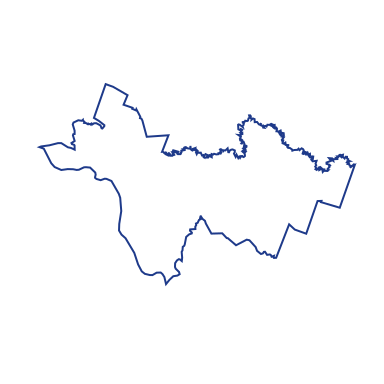 outline of La Capital, Santa Fe, Argentina, rotated 98°
{"feature_id": "61730980B6439123039884", "entity_name": "La Capital", "entity_type": "district", "adm_level": 2, "iso_a3": "ARG", "parent_name": "Argentina", "parent_adm1": "Santa Fe", "projection": "mercator", "projection_center": [-60.794, -31.494], "detail": "fine", "context": "isolated", "style": "outline", "palette": "blue", "viewbox_px": 384, "rotation_deg": 98, "n_neighbors": 0, "source": "geoboundaries", "source_scale": "gbopen_adm2", "svg_char_len": 6050}
<svg xmlns="http://www.w3.org/2000/svg" viewBox="0 0 384 384"><g transform="rotate(98 192 192)"><path d="M182.0,296.3L186.2,290.5L188.3,289.8L190.9,290.1L191.7,289.7L192.4,288.3L193.0,284.1L191.0,280.3L190.9,278.5L192.3,273.3L204.0,264.2L207.7,262.3L220.7,259.4L233.7,259.6L240.3,258.9L244.0,255.9L247.0,251.4L260.3,240.7L271.2,235.3L277.6,230.7L279.6,227.3L280.1,222.2L279.8,219.6L276.8,215.8L276.1,211.8L277.4,209.8L280.1,207.5L286.8,204.9L282.1,202.1L278.0,198.8L276.8,194.8L275.1,192.8L273.0,193.7L270.2,197.5L268.6,198.4L264.8,198.8L261.9,197.4L260.4,195.8L260.4,194.7L261.8,192.5L258.4,192.6L252.7,193.9L251.1,193.3L247.6,193.5L246.3,192.2L245.0,191.9L237.3,191.5L234.3,188.9L233.1,186.5L232.2,186.5L230.6,188.6L229.3,188.6L228.2,183.5L225.9,183.9L224.1,183.2L222.7,183.7L221.7,182.1L218.7,181.2L217.6,179.5L217.4,180.4L215.0,180.2L214.8,179.9L217.2,177.8L218.7,175.2L221.3,173.9L230.5,167.0L228.7,156.3L232.8,151.2L232.7,150.2L238.6,141.0L231.6,131.2L231.8,128.4L237.7,121.3L241.2,119.4L243.8,115.1L242.9,113.2L241.3,112.5L241.0,111.4L243.8,108.9L243.0,106.2L243.6,105.0L245.0,104.2L243.8,102.0L245.4,102.2L245.9,101.7L245.4,99.5L210.5,91.3L214.9,85.0L217.4,73.1L183.5,66.4L182.8,62.6L184.1,62.9L187.0,43.5L143.2,34.7L144.0,35.5L143.5,35.7L142.2,34.9L142.1,35.6L146.0,38.8L144.0,38.2L143.9,39.6L142.7,40.1L142.6,41.6L141.5,40.9L141.2,42.5L140.4,41.8L140.2,43.3L139.4,40.3L139.0,41.7L137.7,41.9L137.3,43.1L135.6,43.4L135.7,44.7L137.6,45.5L136.1,47.5L136.9,48.5L136.5,49.0L135.4,47.7L134.1,47.7L134.6,48.9L136.0,50.0L135.5,50.9L134.8,49.7L134.5,50.5L135.0,51.3L136.2,51.6L136.5,53.1L137.3,52.2L138.1,52.6L138.2,54.0L139.2,53.1L139.9,56.9L141.5,56.4L140.8,57.7L139.7,57.3L139.2,57.8L139.4,61.0L141.7,58.5L144.1,62.9L145.4,62.7L145.9,59.6L146.6,58.9L147.4,59.8L148.3,59.4L150.2,60.9L151.6,60.8L151.5,60.1L152.3,60.7L152.6,63.7L151.2,64.0L151.3,65.1L152.9,64.6L153.9,65.3L151.9,66.0L151.1,67.4L150.7,66.6L149.4,68.5L149.9,69.5L150.9,68.2L152.0,68.3L152.6,69.1L151.4,69.4L151.4,70.5L152.8,71.6L152.2,72.9L151.1,72.2L149.7,73.5L148.2,72.7L146.8,73.6L143.8,73.0L144.8,76.8L143.5,78.2L142.6,76.9L140.0,76.9L140.0,78.1L141.5,78.8L141.3,80.1L139.6,81.7L139.3,80.2L137.8,80.5L138.7,81.9L136.9,83.0L139.0,84.3L138.6,84.7L136.9,84.0L136.5,85.9L138.1,85.2L138.9,87.1L138.6,87.8L135.1,87.2L134.1,88.0L133.5,89.5L135.6,91.4L134.3,92.5L135.6,93.5L136.2,96.7L137.1,98.4L136.0,98.8L134.8,101.2L134.9,103.0L134.3,103.8L133.5,104.1L132.8,103.1L132.1,103.2L132.4,105.6L132.0,106.4L131.4,106.8L131.0,106.1L130.1,106.4L131.4,107.9L130.9,109.2L128.1,108.8L127.9,109.4L129.3,109.5L127.9,110.3L125.0,108.7L124.7,110.5L123.3,108.9L121.0,109.4L120.9,110.9L123.0,111.3L123.3,112.3L122.1,113.4L120.0,112.4L118.8,112.8L119.8,114.2L120.8,114.4L120.0,115.5L120.1,116.8L117.6,116.6L116.4,117.5L116.4,118.0L117.6,117.8L117.6,119.0L116.8,120.3L115.6,119.2L114.1,119.5L114.5,120.5L115.9,120.9L115.4,122.5L114.0,121.3L113.5,123.1L114.8,124.7L114.9,126.7L116.8,127.3L116.3,128.5L116.8,129.9L117.5,130.2L118.3,129.4L118.3,130.5L116.3,131.0L116.7,132.0L116.3,133.3L114.3,133.1L115.8,134.1L115.7,135.2L113.6,137.3L114.1,139.6L111.1,140.2L110.7,141.9L112.1,143.1L111.2,143.1L110.7,144.2L108.8,144.3L108.0,145.1L108.2,146.1L110.2,145.2L111.3,146.3L113.5,146.5L114.1,147.3L114.0,149.2L115.1,149.6L115.7,151.5L116.3,151.4L116.9,150.2L118.5,150.3L119.6,151.3L120.6,150.8L118.7,154.1L118.6,155.3L119.0,155.7L123.5,154.8L124.0,153.3L122.8,152.5L123.4,150.9L125.3,152.0L126.7,151.0L126.9,152.2L127.5,151.6L126.6,150.4L127.6,150.2L128.0,151.2L129.0,151.6L129.1,154.0L130.5,151.3L132.6,152.0L134.2,151.4L134.4,150.6L132.8,151.1L133.6,149.5L134.7,149.3L134.8,148.8L137.0,149.9L137.1,149.4L135.7,148.7L135.3,147.8L137.0,146.8L139.5,146.9L138.5,145.3L138.9,144.4L139.8,144.4L141.7,147.2L142.2,146.2L141.1,145.6L142.8,144.8L143.2,146.6L144.3,147.6L144.9,147.0L144.8,144.6L145.3,144.9L145.5,146.8L146.5,145.3L147.9,144.8L149.0,144.6L150.2,145.7L149.6,148.3L151.5,149.1L150.8,149.6L149.8,148.8L150.1,150.0L152.0,150.9L148.8,153.1L151.1,153.7L148.1,155.8L146.7,155.2L144.9,155.4L144.2,157.7L144.6,159.0L145.7,160.4L147.5,160.9L147.5,161.6L143.8,162.8L146.2,164.7L146.3,166.5L147.1,166.7L145.7,168.9L145.7,169.9L146.1,170.2L147.1,169.0L148.5,169.6L148.8,168.5L150.0,169.0L149.9,171.2L150.9,171.2L151.4,173.2L151.1,175.5L152.0,176.3L151.7,177.7L154.8,177.3L154.2,178.9L152.9,179.5L153.7,181.3L154.9,180.5L155.6,180.8L155.9,183.0L154.7,181.9L153.2,182.0L152.6,183.9L155.0,185.1L156.0,184.8L155.7,185.5L153.9,186.1L154.4,187.2L151.8,188.8L152.3,190.6L151.9,192.0L153.8,192.6L152.3,193.5L152.0,192.8L151.3,192.8L150.3,194.1L150.1,192.7L149.3,193.7L149.9,194.2L150.0,195.3L148.0,194.9L149.2,197.2L150.8,197.4L150.6,198.2L149.8,199.1L146.6,200.0L149.0,199.8L149.4,200.3L149.4,202.4L148.4,204.4L148.9,205.7L150.4,206.5L149.2,204.6L149.6,204.2L150.8,205.5L151.0,206.7L151.7,205.7L152.6,208.3L153.8,207.9L154.6,208.7L155.5,208.3L156.1,208.7L156.5,211.2L156.1,211.9L154.9,211.5L154.9,213.5L153.9,212.1L153.3,216.4L154.1,216.6L154.5,215.4L155.2,215.2L155.4,217.0L157.7,214.8L158.1,215.4L157.7,216.6L158.9,216.8L159.1,218.7L157.6,219.1L156.7,220.3L157.6,221.3L158.6,219.9L159.2,220.4L158.2,223.5L156.6,223.2L156.5,223.9L157.2,225.0L156.1,226.5L156.3,227.2L139.1,223.2L143.6,244.5L128.1,251.1L126.4,252.3L126.1,253.8L124.6,253.7L117.8,258.6L119.0,258.8L117.9,262.8L116.9,262.6L115.1,271.9L105.1,269.3L98.8,284.8L97.2,292.5L132.3,299.4L134.5,294.2L138.0,288.1L139.0,288.0L141.6,289.6L141.5,290.4L138.8,291.9L137.2,296.4L137.6,298.6L138.9,300.0L138.2,300.8L139.4,301.4L138.7,302.3L139.3,303.6L138.7,304.4L139.3,304.9L138.5,306.5L138.6,308.5L137.4,308.3L136.5,309.9L135.7,310.1L136.8,311.0L136.8,314.6L139.7,319.0L141.7,319.5L147.6,316.8L150.9,316.3L151.3,317.6L152.5,317.8L157.8,315.3L160.3,318.2L161.3,317.5L161.7,315.3L162.2,314.8L166.4,314.1L165.2,318.0L165.0,321.1L161.8,328.2L162.3,331.6L165.6,339.7L167.9,347.8L168.8,349.3L169.7,344.8L183.1,335.4L186.4,331.5L188.4,324.5L186.6,318.2L186.0,312.8L186.2,309.3L185.7,307.1L182.6,302.4L182.2,300.5L182.0,296.3Z" fill="none" stroke="#1e3a8a" stroke-width="2"/></g></svg>